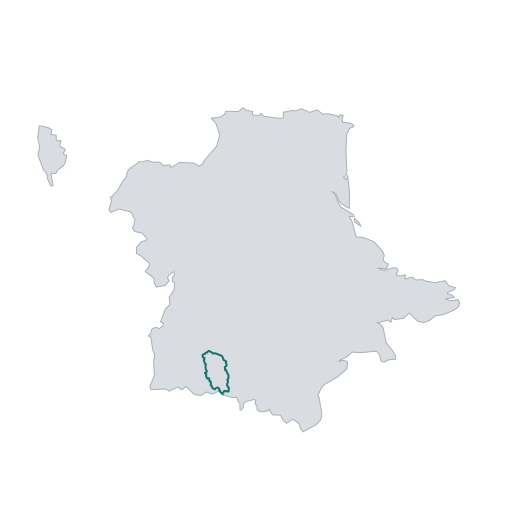 Meuse on a map of France (orthographic projection), rotated 165°
{"feature_id": "FRA-5326", "entity_name": "Meuse", "entity_type": "Metropolitan department", "adm_level": 1, "iso_a3": "FRA", "parent_name": "France", "parent_adm1": "", "projection": "orthographic", "projection_center": [5.366, 49.01], "detail": "fine", "context": "in_parent", "style": "outline", "palette": "teal", "viewbox_px": 512, "rotation_deg": 165, "n_neighbors": 0, "source": "natural_earth", "source_scale": "10m", "svg_char_len": 6416}
<svg xmlns="http://www.w3.org/2000/svg" viewBox="0 0 512 512"><g transform="rotate(165 256 256)"><path d="M380.7,206.6L377.7,208.4L375.9,211.9L374.0,212.8L370.4,212.9L368.6,210.8L364.4,212.3L362.7,214.5L365.3,217.2L357.0,228.5L351.6,231.5L350.5,238.8L344.1,244.3L341.8,250.1L341.6,251.2L343.2,253.1L342.6,256.8L339.3,259.3L339.4,261.7L340.3,262.0L345.3,260.1L347.2,257.8L346.2,254.8L351.2,251.0L360.2,251.8L361.4,256.7L360.3,260.9L367.0,269.8L361.3,274.1L361.0,276.8L367.1,285.8L370.9,289.4L369.0,295.5L362.8,299.6L358.8,299.3L357.1,300.4L357.3,302.2L360.2,307.7L367.0,311.1L368.1,315.2L366.3,316.8L363.3,323.1L364.7,326.2L364.2,327.5L364.9,329.6L366.8,331.7L376.4,336.8L385.0,335.6L386.1,338.6L381.1,346.9L381.5,350.6L378.8,350.7L378.3,352.0L373.1,354.9L364.6,363.4L360.6,365.9L359.0,370.1L356.6,372.5L344.2,377.4L341.8,376.3L335.8,376.5L331.9,373.5L324.7,371.6L322.3,367.3L315.5,366.4L315.2,363.5L305.6,366.1L292.3,362.0L287.7,357.6L283.8,358.7L280.3,362.4L265.6,372.2L259.6,382.4L260.4,394.6L263.6,400.7L254.7,399.5L249.4,401.1L247.9,403.6L235.5,400.1L230.7,402.4L229.4,402.2L227.9,399.5L221.9,396.4L222.9,394.4L222.1,392.6L216.4,390.9L214.3,392.5L212.3,388.9L196.4,382.4L193.8,382.4L192.5,387.8L182.1,387.0L180.7,385.9L173.9,386.5L167.1,380.9L159.1,381.3L154.7,375.6L150.0,374.9L143.6,371.7L140.7,370.0L140.4,368.4L138.3,370.6L135.9,369.8L135.4,369.0L137.2,366.3L137.8,362.9L129.8,359.6L127.8,357.0L127.9,355.7L132.4,355.0L136.8,350.6L142.0,333.9L146.3,313.9L148.6,310.3L151.2,309.4L149.4,306.5L146.6,309.9L149.6,291.5L153.6,277.8L159.8,284.1L161.2,286.7L162.6,295.1L166.1,298.9L163.9,295.4L162.3,284.1L161.0,280.9L151.1,270.7L151.0,268.6L155.5,270.1L154.2,263.0L154.3,248.4L148.0,246.4L138.4,239.3L132.4,227.6L132.0,223.3L134.3,219.1L132.9,216.2L130.2,214.0L132.8,210.5L134.9,210.3L141.9,213.1L136.4,209.0L126.7,209.2L123.0,207.6L122.6,204.9L125.5,201.8L122.5,199.4L117.0,199.3L116.4,198.4L118.3,196.1L117.0,195.1L112.5,195.5L110.0,194.5L108.0,191.5L100.9,190.0L99.5,188.3L90.0,183.9L79.7,183.2L77.5,177.3L71.6,173.9L73.0,172.3L79.5,171.5L80.9,170.1L76.6,167.3L75.3,164.8L83.7,165.4L80.2,162.5L72.2,161.6L71.5,158.2L73.0,155.0L78.1,152.6L90.1,150.9L98.5,151.8L105.0,148.7L111.0,148.3L116.4,150.8L123.0,161.2L129.5,157.6L138.6,158.7L140.2,161.2L143.0,157.1L144.8,159.8L156.0,160.0L153.5,158.1L151.8,153.8L152.7,138.9L148.1,127.6L147.1,123.5L147.8,120.2L154.2,121.4L159.8,120.4L162.3,121.7L162.3,128.7L164.2,132.9L179.2,135.4L187.8,138.2L195.4,134.8L202.4,133.5L203.0,132.6L199.0,132.7L195.5,130.8L195.1,128.9L197.4,123.5L208.2,118.2L223.7,114.0L227.8,110.8L232.6,104.9L231.7,103.3L233.2,86.5L235.7,81.2L241.6,77.4L256.3,74.0L257.9,79.4L257.7,82.4L261.4,87.3L263.2,88.8L269.7,86.5L272.6,90.9L273.4,95.9L281.1,98.2L283.2,104.7L284.6,103.3L289.5,103.7L291.7,104.3L294.8,107.1L293.8,111.0L295.1,112.9L293.8,116.4L294.7,117.9L303.6,118.0L306.3,116.5L307.6,112.9L310.3,110.8L311.3,111.5L309.6,118.1L310.8,119.8L311.4,124.6L314.8,125.0L321.4,128.8L327.0,135.1L333.9,134.0L339.4,137.5L345.0,135.6L350.3,137.5L352.2,139.3L357.3,148.0L361.1,146.2L363.9,147.1L364.8,149.7L374.9,147.9L376.9,150.3L379.0,151.2L392.1,154.1L392.3,157.4L385.1,167.1L382.2,180.6L380.1,185.3L379.4,188.8L380.1,191.1L379.8,194.8L378.5,203.6L379.4,206.1L380.7,206.6ZM437.3,384.4L436.8,390.0L439.0,393.8L440.5,409.6L436.7,417.4L436.3,426.7L431.5,438.0L423.1,433.5L420.6,430.9L422.6,426.6L417.8,424.5L418.8,420.4L418.2,418.4L414.8,418.3L414.6,417.3L416.9,414.0L416.8,412.0L413.6,409.7L412.9,407.6L415.8,405.0L414.4,402.9L412.7,402.4L416.5,395.0L419.2,392.7L425.5,390.4L427.9,387.6L432.2,388.8L432.8,388.1L433.7,376.7L435.1,376.4L436.5,377.9L437.3,384.4ZM152.2,263.7L151.0,266.9L147.4,260.8L147.2,257.7L152.2,263.7Z" fill="#d9dde1" stroke="#a8b0b8" stroke-width="1"/><path d="M324.2,131.4L324.4,131.6L325.6,133.8L325.7,134.1L325.7,134.5L325.6,134.9L325.6,135.2L325.8,135.5L326.3,135.7L326.2,136.0L326.0,136.5L325.9,136.8L326.0,137.1L326.5,138.4L326.6,138.6L326.8,138.8L327.1,138.9L328.8,138.8L329.4,138.5L329.9,138.1L330.4,137.9L330.9,138.2L331.7,139.2L332.2,139.9L332.4,140.4L332.5,140.9L332.5,141.4L332.4,141.8L332.4,142.2L332.7,142.6L333.1,142.8L333.2,143.0L333.1,143.4L332.5,144.6L332.4,144.9L332.3,146.0L332.3,146.4L332.6,146.7L333.2,147.0L333.3,147.5L333.1,148.3L333.0,148.6L333.0,149.5L333.1,149.9L333.3,150.2L333.6,150.3L334.5,150.1L334.8,150.4L335.3,152.2L335.3,152.6L335.2,152.9L334.9,153.7L334.8,154.2L334.7,154.7L334.9,155.1L335.0,155.2L335.3,155.5L335.5,155.6L335.5,155.8L335.5,156.1L335.5,156.3L335.4,156.5L335.1,156.5L334.5,156.3L334.2,156.4L333.5,157.1L333.4,157.4L333.3,157.6L333.3,157.9L333.3,158.1L333.4,158.3L333.7,159.1L333.8,160.1L333.7,161.0L333.3,162.7L333.2,163.0L332.7,163.7L332.5,164.1L332.4,164.5L332.7,164.9L333.0,165.2L333.2,165.6L333.3,168.4L333.3,168.9L333.1,169.4L332.4,169.9L332.3,170.6L332.3,170.9L332.5,171.1L333.3,171.6L333.5,172.0L333.5,173.2L333.5,173.3L333.2,174.0L332.8,174.4L332.3,174.6L331.1,174.5L329.8,175.5L329.4,175.6L328.6,175.4L328.2,175.5L327.0,176.3L326.4,176.5L325.8,176.3L323.3,173.9L323.1,173.6L323.0,173.4L323.0,173.2L322.8,173.0L322.4,172.9L321.6,172.9L321.1,172.8L319.1,171.6L317.3,170.1L316.2,169.5L315.3,168.7L315.0,168.4L314.8,168.0L314.6,167.7L314.5,167.3L314.4,166.1L314.2,165.9L314.3,164.8L314.1,163.9L313.2,163.0L312.4,162.3L312.3,162.2L312.2,162.0L312.1,161.7L312.3,161.2L312.7,160.7L312.8,160.4L312.7,160.0L312.6,159.7L312.5,159.3L312.5,158.9L312.7,158.2L312.9,157.8L313.1,157.5L313.4,157.4L314.2,157.2L314.4,157.1L314.5,157.0L314.7,156.8L314.8,156.6L314.9,156.3L315.0,156.0L315.0,155.6L314.9,155.1L315.0,154.7L315.2,154.4L315.3,154.3L315.3,154.1L315.3,153.9L315.2,153.6L315.0,153.4L314.4,153.2L314.3,152.9L314.2,152.5L314.2,150.9L314.1,150.5L314.0,149.8L313.4,148.1L313.4,147.8L313.5,147.5L313.7,147.1L314.0,146.4L314.0,145.5L315.0,144.4L315.6,144.0L315.8,143.8L315.8,143.5L315.7,143.2L315.6,142.9L315.5,142.7L315.4,142.4L315.5,142.2L315.6,141.8L316.3,140.7L316.8,140.1L317.3,138.8L317.4,138.4L317.3,138.1L317.1,137.5L317.0,137.3L317.0,137.1L317.0,136.9L316.9,136.8L316.6,136.6L316.5,136.4L316.3,135.6L316.4,135.4L316.6,135.1L316.9,134.7L317.0,134.1L317.0,133.9L317.0,133.6L317.0,133.4L317.1,133.1L317.2,132.9L317.4,132.6L317.7,132.4L318.0,132.3L318.4,132.4L319.1,133.1L319.3,133.2L319.6,133.2L320.6,133.1L320.8,133.2L321.0,133.3L321.1,133.5L321.3,133.8L321.5,133.9L322.0,133.6L323.2,132.5L323.7,132.3L324.1,132.0L324.2,131.4Z" fill="none" stroke="#0f766e" stroke-width="2"/></g></svg>